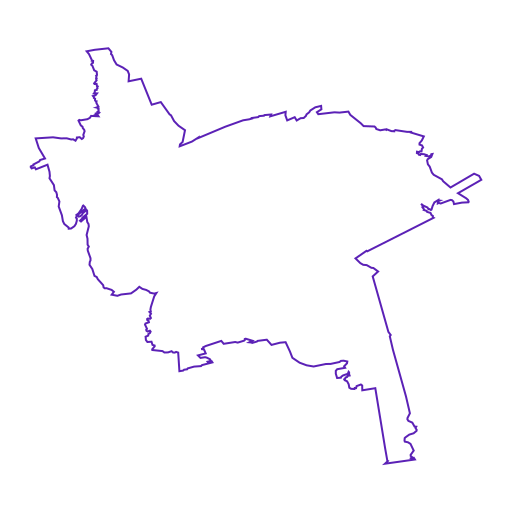 Barasti, Olt, Romania (Robinson projection)
{"feature_id": "2599482B95691276874704", "entity_name": "Barasti", "entity_type": "district", "adm_level": 2, "iso_a3": "ROU", "parent_name": "Romania", "parent_adm1": "Olt", "projection": "robinson", "projection_center": [24.65, 44.701], "detail": "fine", "context": "isolated", "style": "outline", "palette": "violet", "viewbox_px": 512, "rotation_deg": 0, "n_neighbors": 0, "source": "geoboundaries", "source_scale": "gbopen_adm2", "svg_char_len": 5921}
<svg xmlns="http://www.w3.org/2000/svg" viewBox="0 0 512 512"><path d="M414.9,459.5L413.8,457.8L411.5,458.6L410.9,458.2L412.2,457.2L410.7,456.0L410.6,454.9L413.7,450.6L410.5,443.9L408.0,442.3L404.8,441.6L404.5,440.6L404.7,438.1L405.4,437.4L409.3,434.6L413.6,433.3L416.5,430.9L416.7,429.9L415.5,428.0L416.2,426.7L414.5,426.5L412.3,422.6L408.4,420.9L407.4,419.3L407.5,418.0L409.9,413.3L406.0,396.5L392.9,349.6L389.8,336.3L390.7,335.0L388.4,331.9L372.7,276.4L378.1,271.5L373.4,268.0L371.4,267.8L366.7,265.1L363.2,264.8L360.3,263.1L355.5,258.4L366.5,250.8L367.3,251.3L433.6,217.8L432.8,217.3L432.9,216.0L431.5,215.0L430.5,212.9L427.1,211.9L426.5,211.0L426.8,210.1L426.3,210.8L423.9,210.0L424.2,209.6L422.5,207.3L423.3,207.0L423.3,206.5L421.1,203.8L423.3,205.6L427.5,207.5L428.5,209.2L429.5,209.1L430.9,210.0L431.5,209.6L432.6,206.0L434.4,202.4L438.6,199.8L438.7,200.5L439.6,200.6L438.0,201.3L437.8,203.4L438.8,202.9L440.7,203.5L450.5,199.9L451.9,200.1L453.4,201.5L454.0,204.1L462.0,202.6L468.4,202.3L468.7,201.8L468.0,199.9L466.2,198.3L458.0,193.2L481.3,179.8L479.1,175.9L474.1,173.7L450.5,187.5L443.2,181.3L441.9,179.3L433.7,174.8L431.9,172.6L429.7,166.6L427.9,164.3L427.1,160.4L427.7,159.2L431.2,157.0L432.4,154.0L431.3,154.2L430.9,155.6L428.7,156.4L425.8,155.9L426.5,155.0L424.0,154.2L420.8,154.0L420.2,155.0L418.9,154.7L418.5,153.7L416.9,153.1L417.0,151.7L419.2,152.1L420.1,151.3L421.5,151.4L421.9,148.8L423.1,147.5L422.0,145.4L419.5,144.6L419.5,143.2L421.8,140.5L423.8,136.4L410.8,132.5L411.0,131.9L407.3,131.9L395.4,130.1L394.2,130.8L394.2,131.3L391.4,131.1L386.6,129.3L386.2,129.9L385.4,129.4L380.2,130.3L376.3,129.0L375.7,127.6L374.5,126.5L363.6,126.1L360.7,123.2L350.3,114.9L348.4,111.6L339.5,112.6L334.4,112.3L318.3,114.2L316.9,112.2L321.4,109.3L321.1,105.9L315.3,107.3L310.3,110.5L309.2,112.3L306.5,114.4L306.0,115.8L303.7,118.0L300.6,118.2L296.7,120.5L294.7,117.2L287.2,120.4L285.4,115.3L285.7,111.8L270.4,116.3L271.1,114.5L264.4,115.1L264.0,115.7L259.2,116.1L258.2,117.1L251.9,118.0L252.1,118.5L249.3,119.3L243.1,120.3L225.3,126.7L198.4,138.0L198.5,137.4L191.9,141.6L179.7,146.3L180.0,144.4L182.6,142.0L185.0,130.2L178.5,125.7L174.1,121.1L171.0,115.3L169.6,114.4L160.8,102.1L151.7,104.7L141.2,78.7L128.6,81.3L129.1,74.4L127.7,70.9L122.8,67.5L116.6,64.5L114.0,60.2L112.2,55.2L111.0,54.0L111.4,51.9L108.4,48.3L94.7,49.8L86.7,51.3L89.0,54.1L91.9,60.2L91.8,60.8L93.1,60.9L93.0,62.8L91.8,63.4L91.2,64.7L92.4,65.8L94.2,70.3L96.7,71.7L97.0,75.0L96.1,75.8L96.5,76.6L96.1,78.2L96.6,78.5L96.2,79.4L96.6,80.3L94.1,83.4L94.5,84.0L96.6,83.9L96.9,86.0L97.7,86.4L97.2,87.1L97.5,88.2L96.7,89.1L96.7,89.9L94.9,90.3L94.7,92.4L94.0,93.3L97.0,93.4L95.6,95.2L93.0,96.0L93.9,97.1L93.9,98.0L95.1,98.7L95.0,100.3L95.9,101.5L96.5,101.4L96.4,103.0L98.3,106.4L97.1,106.7L98.5,106.8L96.5,107.5L97.5,107.7L97.7,108.5L98.6,108.5L98.6,111.0L97.8,111.6L98.9,112.3L96.8,113.1L97.6,113.5L95.8,114.0L96.0,114.6L94.9,115.1L95.7,115.9L96.4,115.2L97.7,115.1L98.5,116.3L91.1,115.9L89.8,117.9L87.4,119.2L80.8,120.3L79.3,119.9L78.5,120.6L80.8,125.4L82.5,126.7L82.8,128.1L84.2,129.8L84.6,131.2L83.3,134.9L83.8,136.5L83.1,138.1L81.8,139.0L79.7,137.2L76.9,137.5L76.9,138.4L75.5,140.7L73.1,139.3L71.2,139.5L66.7,138.3L61.0,138.4L53.0,137.3L35.7,138.4L38.8,148.0L45.0,158.5L40.1,160.0L39.3,161.4L33.4,164.5L33.4,165.3L30.8,166.4L30.7,167.0L31.6,168.4L34.8,167.4L35.9,169.3L47.5,164.7L49.5,171.8L49.9,176.0L49.5,178.3L53.9,185.1L54.6,190.4L56.3,192.2L57.0,194.8L56.9,197.1L57.8,197.9L59.4,201.5L58.7,206.5L61.9,215.3L62.9,221.2L64.3,224.0L68.6,227.5L68.7,228.7L71.1,228.5L74.4,226.2L75.9,223.9L76.8,220.8L76.8,218.4L76.0,217.7L76.9,215.7L76.4,215.0L78.6,213.3L81.7,208.8L82.9,205.8L83.3,205.5L85.1,207.3L85.5,208.5L78.7,214.1L77.8,215.4L78.8,216.6L80.3,216.2L82.1,214.7L82.6,213.4L86.6,210.0L87.1,210.6L87.2,213.8L82.5,217.6L82.7,218.0L80.0,220.7L81.0,221.5L86.4,216.8L87.3,222.1L88.5,224.0L88.8,226.3L86.6,235.0L87.5,238.7L87.6,244.7L88.8,246.6L87.6,248.8L87.8,250.7L90.5,258.2L90.5,260.4L89.8,261.9L89.5,264.8L92.3,269.0L94.5,275.9L96.7,277.0L97.8,279.2L103.2,285.2L103.6,287.4L104.8,288.3L106.5,288.2L111.6,289.9L113.9,291.8L111.7,294.7L117.4,295.8L121.1,294.5L131.0,293.4L136.4,289.6L139.3,286.8L142.4,288.9L146.1,289.9L149.0,291.4L150.0,292.7L154.2,293.6L156.4,293.0L154.2,296.4L150.9,306.9L150.4,309.6L150.8,311.5L149.5,312.0L151.0,313.7L149.8,315.7L150.9,318.0L150.1,318.8L147.9,318.5L147.1,319.1L147.3,320.1L148.6,320.9L148.9,322.3L145.5,323.5L145.0,324.6L147.0,328.8L146.2,329.8L146.5,330.8L147.6,331.5L149.9,330.7L150.6,331.6L149.9,333.1L148.4,334.0L148.2,335.6L145.6,336.7L145.9,340.0L147.4,342.0L151.5,341.7L152.5,344.9L154.6,345.5L154.7,346.3L152.2,349.3L152.3,350.0L162.5,351.1L164.4,352.5L168.0,352.4L171.6,351.2L173.0,352.5L174.8,352.6L176.1,351.9L178.2,352.6L179.4,371.2L183.1,370.6L184.1,369.7L187.1,369.3L187.7,368.4L194.1,366.6L201.0,366.1L202.0,365.1L212.4,362.4L211.7,361.3L207.9,362.1L207.6,361.7L210.6,361.0L210.7,360.5L209.9,359.2L206.7,357.6L205.1,357.2L200.5,357.9L198.0,355.4L205.7,353.4L204.2,349.9L203.4,349.3L201.2,349.1L203.5,348.4L203.2,347.3L205.8,346.0L221.3,340.9L223.7,343.8L235.2,342.0L237.7,342.6L244.0,340.7L244.8,340.0L244.8,339.0L245.7,338.7L252.3,340.7L249.3,342.3L251.2,342.5L252.6,341.8L252.6,342.8L257.0,341.5L257.6,340.9L266.8,339.7L271.5,344.9L280.0,342.7L285.6,342.2L289.9,351.4L292.4,357.8L299.6,362.7L306.6,365.3L313.6,366.5L325.9,364.0L330.7,363.9L339.5,362.0L340.9,360.9L343.6,360.7L347.3,361.5L347.0,363.3L344.1,366.3L345.1,367.8L337.2,369.2L335.8,370.8L335.8,373.7L337.1,378.0L340.9,377.7L341.3,376.7L343.1,375.4L347.8,373.8L348.6,371.8L349.1,372.4L349.1,374.2L349.6,375.5L347.5,375.9L347.2,376.9L345.5,377.5L345.2,378.6L344.2,379.3L344.7,380.2L347.1,381.3L348.7,384.3L349.3,387.7L351.1,388.8L354.5,389.0L354.7,388.0L356.1,388.1L356.6,386.1L360.9,384.5L362.2,385.5L362.3,390.3L375.3,388.2L385.1,448.1L387.3,460.6L387.9,461.0L385.0,463.7L414.9,459.5Z" fill="none" stroke="#5b21b6" stroke-width="2"/></svg>